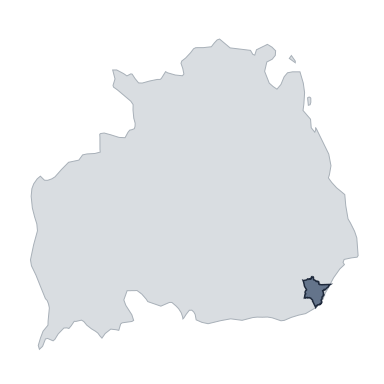 Thma Puok, Bântéay Méanchey, Cambodia (highlighted), rotated 178°
{"feature_id": "14789045B61404286718051", "entity_name": "Thma Puok", "entity_type": "district", "adm_level": 2, "iso_a3": "KHM", "parent_name": "Cambodia", "parent_adm1": "Bântéay Méanchey", "projection": "robinson", "projection_center": [103.024, 14.034], "detail": "fine", "context": "in_parent", "style": "filled", "palette": "slate", "viewbox_px": 384, "rotation_deg": 178, "n_neighbors": 0, "source": "geoboundaries", "source_scale": "gbopen_adm2", "svg_char_len": 5797}
<svg xmlns="http://www.w3.org/2000/svg" viewBox="0 0 384 384"><g transform="rotate(178 192 192)"><path d="M350.0,40.1L351.0,44.0L348.5,51.4L345.7,58.1L340.6,63.9L340.3,68.2L338.6,81.1L339.3,85.1L340.5,88.6L342.2,90.5L346.8,103.1L350.9,114.5L355.0,123.8L355.8,129.8L352.1,144.8L347.8,158.6L348.2,165.5L350.1,172.4L352.1,181.5L352.9,193.3L351.9,200.9L349.9,205.7L346.2,210.6L343.0,213.1L339.0,208.9L335.9,208.7L331.7,210.0L328.4,211.9L321.7,219.0L314.3,226.0L304.0,227.8L300.0,232.9L295.7,233.7L287.6,233.9L282.3,235.1L282.5,237.7L282.1,250.0L282.2,252.9L281.4,253.6L277.7,254.0L271.5,252.1L263.0,249.1L257.0,248.6L253.9,253.9L252.1,256.0L249.8,256.4L247.4,257.3L246.6,259.7L246.4,262.7L247.6,267.8L248.1,275.9L247.8,281.4L250.0,284.9L262.9,296.6L266.8,299.6L267.2,301.3L265.0,307.7L267.0,316.7L263.0,316.6L256.2,312.7L253.0,310.3L249.0,312.2L247.7,311.9L245.0,307.4L241.6,302.9L238.0,302.6L230.5,304.4L222.8,305.7L219.9,305.6L218.7,306.5L214.2,313.2L212.3,312.0L204.6,309.5L197.5,308.5L196.0,310.2L196.9,315.7L198.5,321.0L197.6,323.3L193.7,326.1L188.6,331.2L185.4,335.1L183.2,336.1L175.4,335.9L167.6,336.5L164.5,340.2L161.6,343.1L159.1,343.9L148.9,334.7L128.6,331.5L126.4,327.4L124.5,326.6L122.6,331.9L111.5,336.9L106.9,333.9L103.5,330.2L104.0,325.6L107.2,321.9L112.7,319.3L115.2,310.0L111.0,298.1L107.3,294.6L103.5,291.8L99.4,296.3L95.9,303.9L92.4,307.8L87.3,308.6L79.9,308.3L77.0,297.0L76.0,287.3L77.1,276.2L78.2,269.6L71.0,260.6L70.6,252.0L67.2,247.5L66.2,249.8L66.3,252.2L65.3,250.4L54.0,225.1L52.2,213.4L54.1,204.4L55.2,201.3L52.0,196.6L47.4,191.2L39.4,184.1L38.8,172.9L37.0,159.7L34.6,155.2L30.9,147.1L28.9,140.4L28.2,122.6L29.3,121.1L35.0,120.6L42.3,119.3L43.5,116.4L42.2,114.1L46.9,110.0L53.6,101.2L58.8,92.0L62.5,86.1L64.8,80.3L72.3,72.1L82.7,66.5L89.8,65.2L97.2,63.2L104.2,60.5L107.6,60.2L116.3,63.5L121.0,64.4L126.0,64.4L131.2,64.7L135.7,64.4L146.4,62.0L157.8,63.9L167.9,62.4L180.5,59.8L186.7,61.4L192.3,64.1L193.1,69.5L194.4,72.0L196.3,73.9L198.8,73.9L202.0,70.1L204.7,66.2L205.5,65.5L205.7,67.4L207.0,71.7L209.4,75.8L211.9,78.6L215.9,82.3L218.5,82.4L227.1,79.0L240.0,84.0L241.5,86.5L245.7,91.7L250.3,95.4L260.3,95.6L263.9,86.5L262.1,81.0L256.4,71.4L254.8,65.7L256.6,64.7L266.3,63.7L267.9,62.6L270.0,56.3L272.7,57.0L278.0,57.8L283.7,53.6L287.1,49.1L288.9,51.2L291.0,54.3L293.2,56.1L297.3,58.8L301.8,62.6L304.6,66.3L306.9,67.8L312.6,66.7L314.2,66.9L317.5,62.4L319.8,59.9L321.8,60.6L324.8,60.5L330.7,54.8L334.2,49.5L336.0,48.1L341.5,50.7L343.6,50.2L346.7,43.0L350.0,40.1ZM73.2,282.1L72.1,282.7L71.0,282.7L70.0,281.7L70.1,277.6L70.9,275.1L72.7,274.6L73.2,282.1ZM90.1,322.1L87.9,324.9L84.2,319.2L84.3,317.6L90.1,322.1Z" fill="#d9dde1" stroke="#a8b0b8" stroke-width="1"/><path d="M83.0,94.4L82.7,93.6L82.3,92.8L81.6,91.6L81.0,90.5L80.9,90.2L81.0,90.0L81.1,89.9L81.4,89.8L81.5,89.7L81.7,89.4L81.9,89.3L82.0,89.1L82.1,88.9L82.4,88.3L82.4,88.2L82.5,87.5L82.5,87.3L82.5,87.1L82.4,87.0L82.0,86.5L81.9,86.3L81.9,86.2L82.1,85.9L82.3,85.8L82.6,85.6L82.7,85.4L82.8,85.0L82.8,84.8L82.9,84.7L82.9,84.4L82.8,84.2L83.0,83.8L83.1,83.5L83.3,82.9L83.3,82.7L83.4,82.4L83.4,82.2L83.2,82.3L82.9,82.4L82.7,82.3L82.5,82.2L82.5,82.3L82.2,82.4L82.1,82.5L81.9,82.6L81.7,82.5L81.4,82.5L81.2,82.4L80.9,82.3L80.8,82.2L80.6,82.1L80.3,82.1L80.2,82.4L79.8,82.1L79.7,82.1L79.3,82.2L79.3,82.3L79.2,82.3L78.8,82.2L78.7,82.2L78.4,82.1L78.1,82.3L78.0,82.2L77.9,82.1L77.7,81.9L77.4,81.8L77.2,81.8L77.2,81.7L76.9,81.4L76.7,81.2L76.5,80.9L76.4,80.8L76.3,80.7L76.2,80.7L75.7,80.3L75.7,80.2L75.4,79.9L75.4,79.7L75.3,79.4L75.3,79.1L75.3,78.9L75.2,78.9L75.2,78.7L75.1,78.4L72.4,72.3L72.3,72.5L72.4,73.0L72.1,73.4L71.8,73.8L71.7,73.9L71.6,73.7L71.4,73.7L71.2,73.7L71.1,74.0L70.9,74.3L70.7,74.4L70.4,74.8L70.2,74.9L69.9,74.9L69.7,74.9L69.4,74.8L69.1,75.0L69.0,74.9L68.9,75.0L68.7,75.1L68.4,75.1L68.2,75.0L67.9,75.1L67.7,75.2L67.5,75.3L67.4,75.4L67.4,75.5L67.6,75.8L67.7,76.0L67.4,76.1L67.2,76.1L66.6,76.2L66.6,76.3L66.7,76.5L66.7,76.8L66.6,77.0L66.2,77.3L66.0,77.5L66.3,77.9L66.4,78.0L66.5,78.3L66.5,78.5L66.6,78.8L66.7,79.2L66.7,79.3L66.7,79.5L66.5,79.8L66.4,80.0L66.2,80.2L66.1,80.3L65.9,80.5L65.7,80.7L65.7,81.0L65.7,81.4L65.7,81.5L65.7,81.8L65.7,82.0L65.7,82.3L65.6,82.5L65.4,82.6L65.5,82.7L65.3,82.9L65.1,83.0L64.9,83.3L64.7,83.3L64.6,83.5L64.5,83.8L64.4,83.8L64.3,84.0L64.2,84.1L64.3,84.3L64.3,84.6L64.3,84.9L64.3,85.0L64.2,85.0L64.3,85.1L64.3,85.3L64.2,85.3L64.2,85.5L64.2,85.8L64.1,86.1L64.1,86.3L64.2,86.6L64.2,86.9L64.3,87.0L64.4,87.3L64.3,87.5L64.5,87.8L64.6,88.0L64.7,88.3L64.7,88.5L64.9,88.6L64.9,88.8L64.7,88.8L64.4,88.9L64.2,89.0L64.0,89.3L63.8,89.5L63.8,89.4L63.6,89.4L63.4,89.3L63.2,89.3L63.0,89.7L62.7,89.8L62.3,89.7L62.2,89.7L62.0,89.9L61.0,91.0L59.0,92.5L58.8,93.0L58.7,93.3L58.5,93.6L58.2,94.0L57.9,94.1L57.6,94.4L56.9,94.8L65.0,94.8L65.8,94.8L66.6,94.9L67.0,95.1L67.6,95.0L67.8,95.3L68.0,95.4L68.2,95.6L68.2,95.8L68.3,96.0L68.4,96.3L68.4,96.5L68.5,96.4L68.5,96.5L68.6,96.8L68.5,97.1L68.6,97.3L68.6,97.5L68.8,97.7L68.8,97.8L69.0,97.8L69.0,98.0L69.2,98.3L69.3,98.4L69.6,98.3L70.2,98.5L70.3,98.4L70.3,98.2L70.5,98.2L70.9,98.3L71.1,98.3L71.2,98.5L71.3,98.8L71.4,99.0L71.6,99.1L71.8,99.2L71.9,99.3L72.1,99.4L72.4,99.7L72.9,99.9L73.4,100.0L73.5,100.1L73.5,100.3L73.6,100.5L73.6,102.0L73.6,102.5L73.7,102.8L74.0,102.9L74.1,103.0L74.2,102.8L74.4,102.4L74.6,102.5L74.8,102.6L75.0,102.6L75.3,102.8L75.3,102.6L75.6,102.6L75.7,102.3L75.7,102.0L75.8,101.8L75.8,101.3L75.9,101.2L76.0,101.3L76.2,101.5L76.4,101.5L76.5,101.5L76.6,101.4L76.7,100.7L76.8,100.7L76.8,100.8L77.0,101.0L77.3,101.2L77.5,101.2L78.1,100.7L78.3,100.6L78.5,100.8L78.7,101.0L78.9,101.1L79.5,101.1L79.7,100.9L79.8,100.8L79.8,100.7L80.1,100.5L80.2,100.4L80.5,100.2L81.2,100.0L81.9,99.9L82.5,99.8L83.3,99.7L83.6,99.6L83.9,99.6L84.1,99.7L84.0,99.4L83.8,98.7L83.6,98.1L83.0,95.0L83.0,94.7L83.0,94.4Z" fill="#64748b" stroke="#1e293b" stroke-width="1.5"/></g></svg>